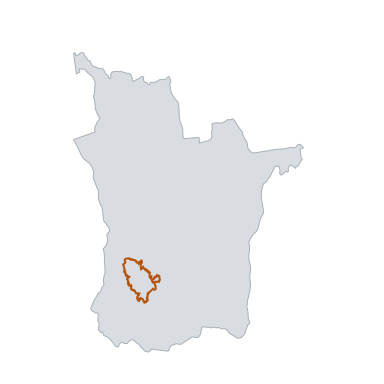 Bafwasende, Orientale, Democratic Republic of the Congo shown in context, rotated 172°
{"feature_id": "63176286B50174012793828", "entity_name": "Bafwasende", "entity_type": "district", "adm_level": 2, "iso_a3": "COD", "parent_name": "Democratic Republic of the Congo", "parent_adm1": "Orientale", "projection": "equal_earth", "projection_center": [26.956, 0.799], "detail": "fine", "context": "in_parent", "style": "outline", "palette": "amber", "viewbox_px": 384, "rotation_deg": 172, "n_neighbors": 0, "source": "geoboundaries", "source_scale": "gbopen_adm2", "svg_char_len": 8938}
<svg xmlns="http://www.w3.org/2000/svg" viewBox="0 0 384 384"><g transform="rotate(172 192 192)"><path d="M301.9,260.3L279.3,265.1L279.7,266.8L279.5,268.6L278.9,270.0L276.6,273.8L273.2,277.2L273.2,278.0L274.9,281.9L276.0,287.1L275.7,296.4L276.1,298.9L276.1,300.8L274.9,303.0L272.6,314.1L274.1,319.5L278.6,324.5L281.2,328.3L285.6,329.6L286.3,329.4L286.5,326.3L290.0,325.1L290.0,344.9L289.7,346.0L289.1,346.2L288.2,345.6L288.0,343.7L287.0,342.9L282.8,345.3L281.7,345.3L280.5,344.9L279.6,343.9L279.4,342.4L276.4,336.6L274.9,336.2L273.3,331.0L266.5,327.2L264.0,326.9L262.6,325.8L261.3,321.7L259.0,319.0L258.5,316.1L258.1,315.7L256.7,316.3L255.5,320.9L254.0,322.0L251.3,322.1L244.4,320.8L239.4,318.4L238.1,318.5L236.1,316.4L235.3,312.9L235.8,310.1L235.4,309.7L227.9,312.0L226.1,313.4L224.4,313.1L223.8,312.3L224.6,310.4L224.2,308.4L223.6,307.4L221.4,306.7L220.7,304.5L219.3,304.2L218.9,304.5L218.5,306.0L217.7,306.5L213.2,305.7L208.5,307.7L202.3,307.2L199.3,309.5L198.9,309.4L198.2,308.2L197.6,304.5L197.9,303.5L198.8,302.7L199.2,301.2L198.8,297.3L199.1,296.4L198.7,294.1L197.8,290.6L196.4,287.6L193.6,283.2L193.1,281.2L193.2,276.3L194.1,268.5L194.0,262.7L192.8,258.9L192.5,254.9L193.2,247.6L192.5,245.9L178.2,245.2L177.6,244.7L177.3,243.7L177.9,239.4L169.2,240.5L166.6,241.3L165.0,243.1L164.5,245.3L164.4,248.4L163.1,251.4L162.8,256.6L160.4,257.1L158.0,257.1L153.3,256.1L148.8,257.5L146.6,258.9L145.4,258.2L141.3,258.7L140.8,258.4L136.1,248.3L134.0,244.9L133.6,243.3L133.7,241.7L133.1,239.6L130.9,234.4L130.5,232.0L130.6,228.2L130.3,226.9L128.4,223.7L127.1,222.6L125.6,222.0L102.2,222.5L94.5,221.9L88.8,222.3L86.0,222.0L85.2,221.5L82.6,222.2L81.2,223.6L79.2,224.3L78.0,224.0L75.5,220.3L78.8,219.6L79.0,219.2L79.2,210.2L78.3,209.0L80.1,207.4L82.9,203.4L85.7,202.0L86.0,201.2L86.6,201.3L87.7,202.9L90.1,205.1L93.0,203.2L93.4,202.7L93.7,198.8L94.5,198.5L95.7,199.3L96.5,199.3L97.7,198.2L101.5,196.2L102.7,198.7L101.7,201.0L102.1,202.5L102.2,205.0L102.9,205.6L105.9,205.8L106.7,205.2L112.7,196.4L114.2,195.3L116.7,191.8L120.0,190.2L121.5,187.5L123.4,182.5L124.2,175.3L123.8,162.9L124.1,161.3L128.1,155.7L132.2,145.6L135.0,142.9L137.1,141.8L140.3,138.1L142.9,134.4L142.6,129.9L143.2,126.2L144.6,121.5L145.0,116.5L144.5,111.2L144.8,106.9L146.7,100.0L146.9,92.1L148.6,85.5L152.0,77.1L153.6,70.8L153.3,64.7L153.8,60.1L153.7,57.4L153.0,55.1L153.4,53.7L154.7,53.1L156.3,50.7L159.2,44.7L162.3,41.7L164.5,40.8L166.8,40.9L168.2,41.4L170.6,43.8L173.3,45.7L175.4,48.1L177.4,51.7L182.2,52.6L184.3,53.9L185.6,54.4L186.1,54.0L187.1,54.2L189.4,55.3L191.2,54.7L200.2,57.1L201.2,55.9L203.7,49.6L205.6,47.4L208.7,47.2L211.1,48.4L212.4,48.4L223.4,43.0L224.8,42.7L228.8,44.0L231.4,43.2L232.5,43.4L234.8,42.5L236.6,38.7L238.1,37.8L254.0,41.9L256.4,39.9L257.6,39.6L261.1,41.1L262.2,43.4L264.3,45.4L265.8,48.7L268.2,50.6L269.4,52.4L270.7,53.6L273.6,54.0L277.3,51.0L279.9,51.3L282.5,53.0L283.4,52.9L285.3,51.2L286.4,49.3L287.4,48.9L288.9,49.7L290.2,51.4L291.3,54.0L295.2,59.7L299.1,62.1L300.0,65.6L301.4,65.2L302.1,65.6L303.1,67.8L303.8,68.2L304.0,69.1L303.0,71.2L302.1,75.2L303.3,77.6L302.3,81.2L301.8,84.8L303.1,85.7L304.7,85.7L306.1,87.6L307.3,87.9L308.5,89.9L308.2,91.6L304.4,97.6L298.8,104.9L296.8,105.8L295.8,107.1L295.1,109.3L293.5,111.1L292.2,111.8L292.1,117.1L290.2,122.6L289.4,123.7L288.4,132.6L288.6,134.2L287.5,141.5L287.7,148.2L285.0,150.4L283.1,153.7L282.2,156.0L282.3,161.5L279.1,164.9L278.9,165.7L279.7,169.6L280.8,170.2L280.8,171.5L283.4,175.7L283.2,188.6L283.4,189.8L284.7,192.9L285.6,198.7L284.6,206.1L288.0,219.7L286.5,224.6L287.2,229.4L289.2,234.4L294.1,239.3L295.4,241.3L296.6,244.0L297.7,248.3L301.9,260.3Z" fill="#d9dde1" stroke="#a8b0b8" stroke-width="1"/><path d="M256.7,93.3L256.5,93.1L256.3,93.2L256.2,93.1L256.0,92.9L255.5,92.4L255.4,92.2L255.4,91.9L255.4,91.6L255.3,91.2L255.3,90.8L255.2,90.8L255.1,90.4L254.9,90.1L254.7,89.5L254.4,89.9L254.0,89.9L253.8,90.2L253.7,90.2L253.6,89.9L253.4,89.8L253.3,89.2L253.0,89.2L251.8,90.6L251.6,90.7L251.5,90.4L251.3,90.4L251.2,90.5L251.3,90.8L251.3,91.2L251.0,91.5L250.8,92.0L250.8,92.3L251.1,92.3L251.2,92.5L251.5,92.6L251.6,92.9L251.4,93.4L251.2,94.0L250.5,94.8L250.4,95.2L250.5,95.5L250.2,96.3L250.3,97.2L249.9,97.5L249.6,97.4L249.6,98.0L249.4,98.5L249.2,98.5L248.7,98.3L244.1,101.6L243.8,101.0L243.1,100.6L242.7,100.4L242.1,100.6L241.4,101.2L241.4,102.7L241.1,103.9L241.3,104.2L241.2,104.6L241.7,105.6L241.6,105.8L241.8,107.0L242.1,107.1L242.3,107.2L242.3,107.5L242.7,107.6L242.9,107.8L243.2,107.7L243.4,107.8L243.7,108.5L240.0,108.1L239.8,108.1L239.6,107.8L239.4,107.7L238.9,107.7L238.7,107.7L238.2,108.2L237.6,108.3L237.1,107.8L236.6,108.9L236.1,109.4L236.2,109.5L236.3,110.0L236.2,110.1L236.0,110.8L236.2,111.2L236.3,112.3L236.0,112.8L236.1,113.4L236.3,113.7L236.6,113.8L236.8,113.4L237.0,113.6L237.2,113.4L237.3,113.4L237.4,113.5L237.5,113.8L237.6,114.0L237.9,114.0L238.0,113.8L238.0,113.6L238.3,114.4L238.7,114.0L238.6,113.5L238.7,113.4L239.0,113.2L239.0,113.4L239.3,113.0L239.6,112.9L240.2,113.1L240.1,112.4L240.6,112.2L241.2,112.4L241.4,112.3L241.7,111.5L241.9,111.4L242.0,111.5L242.3,111.0L243.0,110.8L243.7,110.1L243.9,110.2L244.2,110.9L244.4,111.7L244.6,112.1L244.5,112.3L244.4,112.1L244.3,112.4L244.4,112.5L244.5,112.5L244.4,112.7L244.7,112.8L244.6,113.0L244.8,112.9L244.9,113.1L245.0,113.0L244.8,113.1L244.7,113.4L244.7,113.5L244.9,113.3L245.0,113.4L244.9,113.7L245.0,113.8L245.1,113.7L245.2,113.4L245.4,113.4L245.4,113.5L245.6,113.4L245.7,113.5L245.7,115.1L245.4,116.3L245.6,116.5L245.5,117.7L245.4,117.8L245.1,117.7L244.9,118.0L245.3,118.3L245.4,118.7L245.6,119.0L246.0,119.1L246.4,119.3L247.0,119.0L247.3,119.4L247.2,120.0L247.0,120.4L246.9,120.6L247.0,120.8L247.6,121.0L247.7,120.9L247.9,120.9L247.9,121.1L248.0,121.3L248.4,121.4L248.5,121.6L248.8,122.1L249.1,121.9L249.2,121.6L249.4,121.9L249.5,122.6L249.9,122.6L250.1,122.7L250.4,123.6L250.8,123.8L251.0,124.7L251.5,124.3L251.5,124.1L251.5,123.8L251.5,123.6L252.0,123.4L252.6,123.0L252.7,122.7L253.2,122.5L253.3,123.2L253.2,123.3L253.1,123.6L253.2,125.6L252.9,127.3L252.5,127.7L252.3,128.2L252.4,128.4L252.0,128.7L251.7,128.7L251.4,129.0L251.3,129.8L251.4,130.1L251.6,130.5L251.4,131.1L251.5,131.2L252.1,130.7L252.6,130.5L253.1,130.1L253.2,129.9L253.6,129.5L253.9,129.7L254.2,129.6L254.3,129.4L254.1,129.2L254.1,128.9L254.3,128.7L254.3,128.9L254.8,129.1L254.8,129.3L255.0,129.1L255.6,129.7L255.9,129.8L255.9,129.7L256.1,129.9L256.3,129.9L256.3,130.1L256.5,130.4L256.8,130.4L257.0,130.8L256.9,131.0L257.1,131.1L257.1,131.6L257.6,131.7L257.6,132.0L257.8,132.3L258.5,132.7L259.8,132.8L259.9,133.0L260.4,133.2L260.5,133.7L260.6,133.8L261.3,133.9L261.5,133.8L261.8,133.5L262.1,133.4L262.2,133.5L262.3,134.1L262.5,134.3L262.8,134.1L263.0,134.2L263.2,134.4L263.5,134.6L263.5,134.8L263.8,134.8L263.9,135.0L264.3,135.2L267.2,135.1L267.3,135.0L267.6,134.8L267.7,134.6L267.8,134.4L268.0,134.3L268.1,134.0L268.1,133.1L268.0,132.7L267.7,132.0L267.8,131.7L268.2,131.3L268.4,130.8L268.5,130.6L268.8,130.4L269.3,130.4L269.8,129.9L270.1,129.9L270.3,129.6L270.2,129.3L270.1,128.6L269.9,127.9L269.8,127.0L269.7,126.3L269.7,126.2L269.7,125.8L269.5,125.4L269.7,125.1L269.7,124.9L269.6,124.6L269.7,124.3L269.6,124.0L269.7,123.8L269.7,123.6L270.0,123.4L270.1,123.2L270.3,122.8L270.1,122.3L269.9,122.3L270.0,122.2L270.1,121.7L269.9,121.5L269.7,121.5L269.6,121.3L269.4,121.3L269.3,121.0L269.2,120.9L269.2,120.7L269.1,120.3L269.1,120.0L269.2,119.9L269.1,119.7L269.1,119.1L268.9,119.1L269.0,118.8L268.8,118.7L269.0,118.6L269.0,118.3L268.7,118.1L268.8,117.9L268.7,117.7L267.9,117.5L267.8,117.4L267.6,117.4L267.4,117.2L267.3,117.4L267.2,117.2L267.0,117.4L266.5,117.2L266.2,116.8L265.9,116.6L266.6,116.1L267.1,116.1L267.5,115.5L267.9,115.1L268.3,115.2L268.5,114.9L267.6,113.0L267.8,112.8L267.7,112.7L267.6,112.3L267.9,111.4L268.4,109.9L268.3,110.0L268.2,109.8L267.7,110.2L267.4,109.9L267.3,110.1L267.1,109.9L267.0,110.0L266.9,109.7L267.5,108.6L267.6,108.2L267.2,108.1L266.9,108.0L266.6,108.2L266.3,107.8L266.0,107.8L265.8,107.8L265.6,107.9L265.4,107.6L265.2,107.7L265.2,106.8L265.6,106.4L265.4,105.3L265.7,105.2L265.8,105.1L265.6,104.8L265.5,104.6L265.7,103.9L264.9,103.3L264.7,103.1L264.3,103.2L263.9,103.2L263.7,102.9L263.5,103.2L263.2,103.2L263.1,102.9L263.0,102.7L262.7,102.4L262.5,102.0L262.3,101.9L262.2,101.8L262.1,101.5L262.0,100.7L261.8,100.4L261.7,100.0L261.6,99.6L261.5,99.4L261.3,99.4L261.0,99.5L260.8,99.5L260.7,99.2L260.1,99.2L260.0,99.3L259.8,99.3L259.6,99.2L259.1,99.1L258.5,98.9L258.8,98.7L258.8,98.4L258.9,98.5L259.2,98.3L259.2,98.5L259.4,98.6L259.6,98.5L259.7,98.4L259.7,97.7L259.8,97.5L259.8,97.3L259.9,97.2L259.9,96.8L260.3,96.1L260.7,95.9L260.5,95.0L260.6,94.7L260.4,94.4L261.0,94.4L261.2,94.2L260.8,93.5L260.8,93.2L260.5,93.0L260.5,92.4L260.2,92.1L260.2,91.9L260.0,91.7L259.8,91.9L259.4,91.6L259.2,91.8L258.9,92.2L259.2,92.7L259.1,92.9L259.2,93.0L258.9,93.0L258.9,93.3L258.7,93.8L258.4,93.9L258.2,93.9L257.9,94.1L257.8,93.9L257.5,93.7L257.1,93.8L256.9,93.7L256.7,93.6L256.7,93.3Z" fill="none" stroke="#b45309" stroke-width="2"/></g></svg>